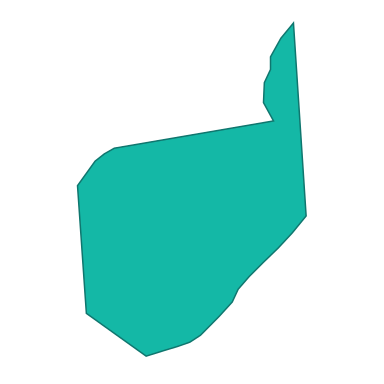 the district of Santo Antônio dos Milagres, Piauí, Brazil, rotated 265°
{"feature_id": "56859067B62795431008505", "entity_name": "Santo Antônio dos Milagres", "entity_type": "district", "adm_level": 2, "iso_a3": "BRA", "parent_name": "Brazil", "parent_adm1": "Piauí", "projection": "orthographic", "projection_center": [-42.703, -6.051], "detail": "fine", "context": "isolated", "style": "filled", "palette": "teal", "viewbox_px": 384, "rotation_deg": 265, "n_neighbors": 0, "source": "geoboundaries", "source_scale": "gbopen_adm2", "svg_char_len": 482}
<svg xmlns="http://www.w3.org/2000/svg" viewBox="0 0 384 384"><g transform="rotate(265 192 192)"><path d="M158.2,303.6L351.5,307.8L337.5,294.0L319.8,282.0L307.2,280.9L294.6,273.6L274.8,271.0L255.7,279.4L242.4,118.4L237.7,108.1L231.2,98.2L208.3,78.5L80.3,76.2L32.5,132.0L36.5,150.3L39.5,164.6L42.6,176.8L48.6,188.0L55.8,196.5L65.9,208.4L78.9,222.5L91.1,229.5L102.9,241.7L115.5,256.7L128.6,272.9L142.6,288.4L158.2,303.6Z" fill="#14b8a6" stroke="#0f766e" stroke-width="1.5"/></g></svg>